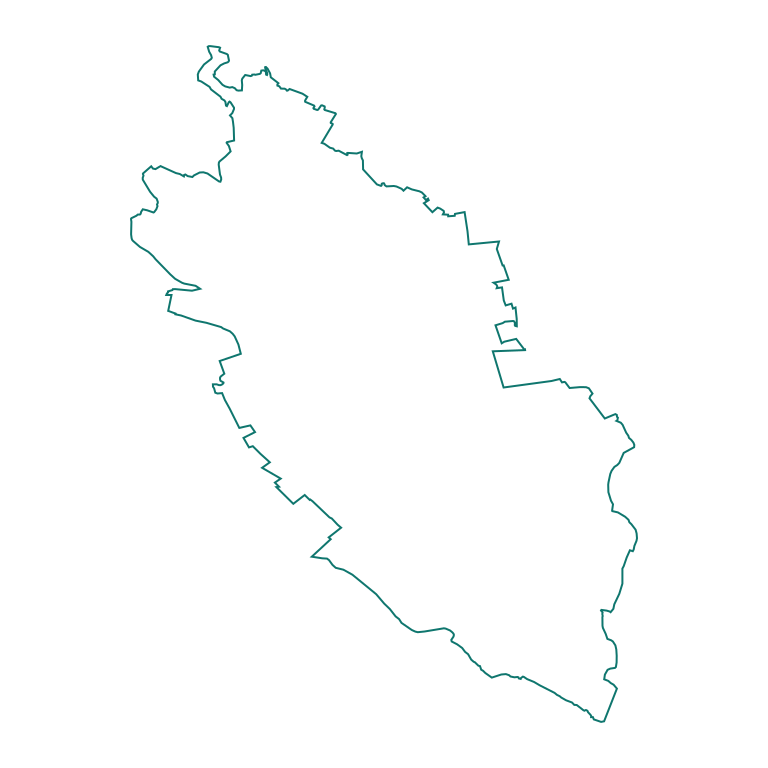 Pasareni, Mures, Romania
{"feature_id": "2599482B7077301459992", "entity_name": "Pasareni", "entity_type": "district", "adm_level": 2, "iso_a3": "ROU", "parent_name": "Romania", "parent_adm1": "Mures", "projection": "robinson", "projection_center": [24.7, 46.483], "detail": "fine", "context": "isolated", "style": "outline", "palette": "teal", "viewbox_px": 768, "rotation_deg": 0, "n_neighbors": 0, "source": "geoboundaries", "source_scale": "gbopen_adm2", "svg_char_len": 6049}
<svg xmlns="http://www.w3.org/2000/svg" viewBox="0 0 768 768"><path d="M616.9,688.6L613.6,684.7L610.8,683.1L608.3,680.9L604.2,679.3L604.9,674.6L607.6,669.8L610.3,668.6L615.0,667.9L615.9,667.0L616.6,662.5L616.7,655.8L616.3,649.5L615.4,645.4L612.9,641.5L611.2,640.3L607.4,638.9L605.7,633.9L602.9,627.9L602.5,625.8L602.4,617.0L602.7,616.1L602.3,614.0L602.6,612.4L601.0,610.5L601.4,609.9L606.6,610.6L609.7,611.5L610.6,612.2L613.4,608.8L614.3,604.3L619.3,593.8L622.4,583.7L622.4,568.6L623.7,566.2L626.7,557.5L629.9,550.3L632.8,551.2L633.7,549.5L634.4,545.9L636.5,540.8L637.0,538.2L636.6,533.4L635.6,529.7L631.4,524.2L629.4,522.3L628.5,519.8L625.2,516.8L617.9,512.4L612.3,511.1L612.1,510.6L613.0,504.3L611.0,500.7L608.4,492.2L608.2,484.7L608.5,482.3L610.3,473.9L611.6,470.8L614.4,466.9L617.3,465.0L619.3,462.9L623.7,452.9L634.1,447.2L634.3,444.9L633.4,442.6L631.3,439.9L629.0,437.9L628.3,435.7L626.2,432.7L622.6,424.8L620.8,422.7L616.5,420.9L617.3,420.4L617.9,417.7L617.0,416.8L616.8,414.9L615.3,414.1L604.8,418.5L589.5,398.3L590.3,396.2L592.5,393.6L588.9,388.3L586.1,387.2L580.2,387.1L569.6,388.0L565.3,382.3L564.4,381.9L562.0,382.4L559.8,379.0L551.5,381.0L503.6,387.5L492.8,351.3L525.1,350.1L525.0,349.3L524.2,349.4L516.2,338.9L504.3,341.7L501.7,343.3L495.5,325.3L502.7,323.1L504.9,321.7L513.1,321.0L513.9,321.2L514.9,322.7L514.8,325.2L515.2,325.9L516.8,326.3L516.7,318.9L515.5,307.5L513.0,308.6L511.5,303.7L505.7,305.4L503.8,300.5L502.0,287.4L496.7,288.2L497.3,286.6L497.0,285.7L496.3,284.6L493.6,282.7L508.7,279.8L503.7,265.4L502.6,265.5L496.8,249.0L499.0,241.5L468.8,244.4L467.5,231.2L464.6,212.1L455.0,213.9L454.7,215.8L448.2,216.3L448.1,214.7L442.9,214.4L444.0,212.3L443.7,210.9L440.2,208.6L437.6,207.6L432.4,212.2L423.9,203.2L428.7,200.2L428.0,198.6L425.9,200.0L423.6,197.4L425.5,196.2L421.9,192.5L419.4,191.3L411.8,189.4L407.1,187.3L403.5,190.7L401.6,188.8L396.5,186.5L393.8,186.0L386.5,186.4L384.8,185.2L384.1,183.4L383.2,183.2L381.8,183.7L381.6,185.4L381.0,185.9L376.9,184.4L363.1,169.4L362.9,160.4L361.8,158.2L361.3,156.2L361.9,151.8L356.8,153.5L347.7,152.9L347.2,153.1L347.6,154.7L347.0,155.1L338.7,150.7L336.1,151.0L334.9,150.6L333.2,148.6L329.9,147.7L324.4,143.8L321.7,142.9L332.7,124.5L332.6,123.8L330.8,123.0L330.7,122.3L335.9,114.0L335.4,113.2L324.8,110.0L324.3,109.4L324.8,107.1L324.6,106.4L322.0,105.3L321.1,105.5L318.2,109.6L317.2,110.0L313.8,108.8L313.4,108.1L314.5,106.4L314.1,105.6L305.2,101.8L305.0,101.0L305.4,100.0L307.3,96.8L302.5,93.7L289.6,89.0L287.6,90.6L286.8,90.6L286.2,89.6L284.7,88.7L281.0,88.6L279.3,86.3L277.4,85.6L277.4,84.4L278.4,83.2L270.8,77.3L270.1,73.4L267.6,68.7L265.9,67.0L265.2,67.1L265.1,67.8L267.1,72.9L267.3,74.2L267.0,75.0L266.1,74.6L265.9,71.9L265.2,71.2L263.9,70.4L262.5,70.4L261.3,70.6L260.7,73.2L259.8,73.9L255.2,74.8L254.4,74.5L252.2,74.7L251.8,75.7L250.7,76.1L245.2,75.0L242.3,78.6L241.8,80.3L242.2,85.0L241.9,90.4L238.4,90.6L236.6,90.2L234.8,88.2L232.3,87.1L229.7,87.6L225.2,86.4L222.5,84.8L218.2,80.0L214.1,76.7L213.6,74.6L214.8,74.4L214.8,71.5L220.5,65.3L224.2,63.4L227.7,62.3L228.6,61.5L229.0,60.6L227.8,54.8L226.8,54.0L219.8,51.5L219.2,50.5L220.1,47.7L218.9,47.2L210.3,46.1L208.6,46.2L207.7,46.8L209.2,51.8L211.1,55.1L211.8,57.8L211.2,58.9L204.0,64.5L198.8,71.7L197.8,74.5L198.2,80.4L201.3,81.5L209.6,86.9L211.0,89.4L220.5,96.7L221.6,98.8L224.4,100.4L225.4,101.9L226.0,105.6L226.9,106.1L228.8,102.2L229.6,101.6L230.6,102.4L234.0,107.7L234.0,109.0L232.3,113.1L230.0,115.4L232.4,118.2L233.0,121.9L233.7,127.9L234.1,140.5L226.9,142.2L226.6,142.8L228.9,146.0L230.6,151.4L225.6,156.4L219.5,161.5L218.9,162.6L218.7,164.6L220.0,174.6L221.1,177.5L221.2,179.5L220.4,181.7L219.1,181.5L207.5,173.5L203.4,172.3L199.7,172.5L194.0,175.4L192.4,177.0L187.7,176.1L185.4,174.5L184.2,174.9L183.9,176.4L179.8,174.0L176.0,173.1L160.5,166.1L155.5,169.1L153.0,168.6L151.2,166.3L143.1,173.4L142.9,173.9L143.5,175.6L142.7,177.9L142.8,179.7L150.1,191.8L154.1,196.7L156.6,198.6L157.8,201.9L157.8,202.9L157.0,204.5L157.5,206.1L156.3,209.3L154.1,212.2L153.5,212.5L147.2,210.3L142.8,209.3L141.1,211.9L140.7,213.7L140.0,214.5L137.7,214.6L136.5,215.7L131.4,218.2L131.0,218.9L131.4,221.9L131.1,234.4L131.6,238.2L132.1,239.8L133.0,240.9L139.9,246.9L148.4,251.9L153.2,256.3L155.6,259.3L170.2,274.3L175.1,278.8L182.1,282.8L184.3,283.6L195.6,285.8L200.1,288.8L192.0,290.7L175.0,289.1L172.8,289.2L172.4,290.1L168.0,291.4L168.1,292.4L166.9,293.5L166.3,295.0L171.5,295.0L168.2,310.9L175.6,313.6L175.4,314.3L181.1,315.5L195.5,320.6L206.4,322.8L221.2,327.1L223.1,328.5L229.9,331.3L232.7,333.8L234.7,336.4L238.4,344.5L240.8,353.8L219.7,361.0L224.3,373.7L220.6,376.6L220.0,377.9L220.1,379.8L220.5,380.8L223.5,382.5L223.5,383.0L222.5,384.2L220.7,385.1L218.9,385.1L216.6,384.3L212.9,384.3L213.0,386.7L214.1,388.3L215.3,392.7L217.5,393.5L222.1,393.1L224.9,400.0L229.6,408.5L239.3,427.9L250.4,425.4L255.0,432.1L243.5,437.9L249.0,447.4L252.8,446.2L260.5,453.9L269.8,462.3L262.1,467.8L280.7,478.6L274.9,482.6L279.0,486.7L276.4,487.1L293.3,503.8L304.7,495.0L309.7,499.9L310.2,499.5L312.5,501.2L329.5,517.4L331.8,518.5L337.6,524.7L341.1,527.7L328.7,537.4L330.7,539.2L311.8,556.7L322.2,558.3L327.0,558.6L329.0,560.1L332.5,564.9L335.7,567.8L343.4,569.7L352.4,574.7L376.2,594.2L384.2,603.6L389.9,609.1L395.6,616.4L399.1,619.1L401.5,622.9L411.8,630.0L415.3,631.6L417.8,632.2L424.6,631.5L443.9,628.3L445.7,628.6L450.1,630.5L452.4,632.4L453.5,633.7L453.9,634.9L453.5,636.6L451.3,639.9L451.7,641.5L457.1,644.3L462.2,648.0L465.1,651.9L468.1,654.2L471.2,659.6L473.7,661.8L474.8,662.2L478.4,665.7L480.0,666.1L481.2,669.7L483.1,670.8L485.3,673.0L491.8,677.6L501.3,674.5L505.9,674.1L509.1,675.2L510.5,676.5L514.4,677.3L517.5,677.0L518.4,677.3L518.8,678.4L520.7,678.9L521.0,678.0L522.9,676.6L524.0,677.0L527.1,679.1L534.1,682.0L539.7,685.3L554.6,692.9L557.0,694.9L559.7,696.2L561.2,697.5L566.1,700.3L572.0,702.5L574.3,704.9L576.7,705.0L583.5,710.3L584.5,710.7L585.5,710.1L586.5,710.2L587.5,710.9L588.1,712.3L590.5,714.8L591.2,716.0L591.1,717.1L592.9,717.1L593.8,719.4L601.1,721.9L604.1,721.3L616.9,688.6Z" fill="none" stroke="#0f766e" stroke-width="2"/></svg>